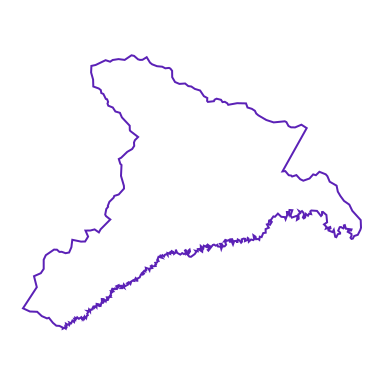 Mariscal Ramon Castilla, Loreto, Peru (Robinson projection)
{"feature_id": "86281439B43857057528938", "entity_name": "Mariscal Ramon Castilla", "entity_type": "district", "adm_level": 2, "iso_a3": "PER", "parent_name": "Peru", "parent_adm1": "Loreto", "projection": "robinson", "projection_center": [-71.702, -3.973], "detail": "fine", "context": "isolated", "style": "outline", "palette": "violet", "viewbox_px": 384, "rotation_deg": 0, "n_neighbors": 0, "source": "geoboundaries", "source_scale": "gbopen_adm2", "svg_char_len": 5996}
<svg xmlns="http://www.w3.org/2000/svg" viewBox="0 0 384 384"><path d="M306.7,128.1L301.4,124.7L295.1,127.4L291.0,127.3L288.5,126.0L286.4,122.1L284.8,121.3L273.7,122.4L266.3,120.0L258.3,115.3L256.2,113.5L254.9,110.8L251.8,108.8L247.5,107.5L246.0,103.4L237.1,103.2L228.2,104.8L227.3,103.3L224.8,101.8L222.5,102.1L221.0,99.8L216.6,98.7L214.6,99.7L213.9,101.2L207.9,101.9L207.1,100.9L207.3,98.0L203.9,96.2L200.1,90.5L194.8,88.9L191.3,86.5L188.3,86.1L185.1,83.5L179.4,83.9L175.0,82.0L172.2,77.2L172.1,70.8L170.4,68.6L169.0,67.9L165.3,68.3L162.2,66.7L157.0,66.2L152.1,64.3L150.0,62.6L146.7,57.2L142.5,59.8L140.0,59.9L138.0,59.3L134.1,55.9L131.5,55.3L124.7,59.9L118.5,59.1L112.7,60.0L110.1,61.7L105.6,60.2L95.6,65.0L91.4,65.9L91.1,72.5L93.1,79.6L93.3,86.5L98.8,88.5L100.8,90.1L101.3,93.0L103.4,94.0L105.8,98.9L107.1,99.3L108.1,101.9L107.5,103.6L108.3,105.7L112.8,107.5L115.4,111.5L119.9,112.8L121.9,117.4L129.7,125.7L129.8,130.0L130.4,131.1L138.1,137.0L134.9,140.2L134.0,142.5L134.2,145.9L132.2,149.0L127.3,151.8L121.2,157.7L118.8,159.0L120.3,163.8L121.5,165.0L121.0,175.9L123.9,185.8L124.0,188.6L118.7,194.5L114.3,195.9L113.6,197.7L109.4,201.8L107.8,205.9L108.1,206.8L106.3,209.0L105.2,214.6L106.0,216.1L110.3,219.5L100.6,229.3L98.9,232.4L94.6,229.4L90.4,230.5L85.5,230.6L88.1,236.6L85.1,241.5L81.0,241.6L72.3,239.8L71.4,247.2L69.1,252.5L65.6,253.2L61.7,251.8L59.4,251.9L57.0,249.7L54.0,249.6L45.8,255.2L43.7,259.7L43.7,268.9L40.8,273.2L34.0,276.2L36.8,287.2L23.0,308.3L29.9,311.5L37.2,311.8L41.8,316.1L47.0,318.4L48.9,317.8L52.9,322.8L56.3,325.7L59.4,325.9L62.8,327.6L62.7,328.7L64.4,327.8L65.5,328.5L65.4,327.1L66.2,328.0L66.6,327.4L66.0,323.7L67.8,324.7L68.9,324.0L69.3,324.9L70.0,323.6L69.5,322.6L71.2,323.3L72.4,320.6L74.1,322.0L74.3,320.5L75.1,320.4L74.3,318.8L75.5,318.9L75.3,317.8L76.6,318.4L77.2,317.3L78.9,318.8L81.2,317.2L81.7,318.6L82.5,318.1L82.6,319.1L84.1,317.0L84.2,319.1L85.5,317.6L85.5,316.2L86.3,317.7L86.7,315.9L87.8,315.2L87.2,313.6L88.6,311.8L87.5,311.0L88.7,311.1L89.0,309.7L90.1,311.4L90.1,309.6L91.7,309.8L93.4,306.5L94.9,306.3L94.7,307.5L95.9,306.3L96.5,307.1L96.6,303.9L98.2,304.2L98.0,305.3L99.1,305.9L100.0,303.9L100.0,305.9L100.6,306.0L101.4,302.9L103.0,302.9L103.7,301.9L102.5,300.4L101.9,300.7L101.8,299.0L103.4,299.1L103.4,300.1L104.6,299.8L105.8,301.3L106.1,300.2L107.5,300.0L106.8,297.3L107.7,297.3L108.4,298.7L109.1,297.0L110.9,296.9L110.1,295.6L111.0,295.2L110.7,294.2L111.5,292.8L110.1,292.4L111.9,292.1L111.1,291.1L113.2,291.1L111.9,289.4L112.3,288.7L114.7,289.2L115.4,287.6L115.3,288.9L116.7,288.6L116.7,289.9L117.3,287.1L116.4,286.2L118.2,285.4L117.9,286.7L118.6,287.3L119.1,285.5L121.0,286.5L121.4,285.0L121.7,287.1L121.0,288.1L122.4,288.1L122.9,286.8L123.9,287.5L123.3,286.2L123.8,284.4L125.1,286.2L128.0,284.6L128.3,283.7L127.3,283.2L128.6,282.3L130.4,284.1L130.9,282.6L130.3,282.1L132.5,280.7L133.8,280.9L133.5,280.1L135.0,279.5L135.7,278.1L137.0,279.4L136.4,280.6L137.3,280.7L137.3,278.6L139.7,277.4L140.9,274.5L142.2,274.6L141.9,273.1L142.9,272.4L143.4,274.0L144.0,273.6L143.1,272.0L144.2,270.8L145.4,271.4L145.4,270.3L146.2,270.1L145.8,267.8L148.5,268.7L149.5,270.4L149.9,268.5L152.1,268.1L150.8,266.1L151.8,265.5L152.5,266.4L155.6,266.0L155.2,265.0L156.0,264.5L155.3,262.8L156.9,262.6L157.6,261.6L157.3,260.6L158.4,260.8L157.7,258.9L158.5,256.8L162.0,257.8L159.7,255.2L161.9,256.0L162.5,255.2L164.0,256.5L164.9,254.8L166.7,254.0L167.6,255.1L167.4,253.0L170.0,253.9L169.6,252.6L171.3,251.5L171.5,252.9L172.4,253.0L172.2,251.4L173.6,252.1L174.0,253.9L175.9,252.4L175.8,249.6L177.2,252.9L180.3,254.6L182.2,253.1L183.9,254.1L185.3,253.5L185.7,252.0L185.0,250.5L185.7,250.1L186.5,251.2L186.3,253.8L188.7,252.1L188.5,250.6L189.6,249.6L190.0,251.4L187.8,254.9L189.3,256.6L191.0,256.8L194.7,254.1L196.3,251.8L195.5,250.8L197.8,251.3L197.7,249.1L199.7,248.9L199.9,250.1L202.2,251.7L202.3,250.4L200.9,248.5L200.8,246.1L203.3,248.4L203.8,245.7L205.5,246.4L206.6,245.5L206.6,247.1L207.9,247.5L208.1,245.0L209.5,246.1L210.6,245.9L208.6,247.2L209.1,249.5L207.9,250.0L208.4,250.6L212.8,245.0L214.0,244.6L215.9,245.7L217.4,244.8L218.0,246.5L220.7,246.8L221.3,249.0L222.0,247.0L220.1,243.9L221.6,243.8L223.3,246.5L224.7,246.3L226.1,244.7L225.4,242.8L226.1,241.1L224.2,241.4L225.3,239.9L227.7,240.7L229.3,239.8L230.1,242.5L230.8,239.3L232.2,239.2L232.6,240.2L231.8,241.7L233.0,244.5L234.2,241.1L236.7,240.8L236.9,242.0L237.5,242.0L237.8,239.5L239.6,240.5L241.1,242.7L242.0,241.7L241.8,239.3L243.6,238.6L245.0,238.8L244.9,241.1L247.1,240.1L247.7,238.0L248.5,238.6L248.8,241.7L251.1,239.5L253.3,240.1L254.2,239.1L253.5,235.3L255.5,236.7L256.1,239.2L258.3,239.0L259.3,239.8L259.8,236.7L261.6,237.1L263.2,233.1L265.7,232.7L265.6,229.1L268.8,227.7L266.9,224.4L268.3,223.9L270.0,224.8L271.8,221.9L270.8,220.7L268.9,222.1L269.1,220.5L270.9,219.9L273.4,216.4L274.9,216.8L277.9,213.6L281.3,216.8L284.8,217.1L285.6,219.3L287.2,215.0L286.9,212.0L287.9,212.0L288.9,214.3L289.5,210.0L292.3,210.2L290.5,215.4L291.8,217.6L297.7,215.5L297.0,219.8L298.7,218.7L298.4,214.4L300.2,213.2L299.1,211.1L300.7,212.1L302.0,211.1L303.5,212.8L304.0,214.8L302.9,217.4L303.8,218.4L305.1,217.5L305.9,213.9L308.0,215.7L309.1,213.7L311.1,214.1L310.3,211.4L311.3,210.5L317.0,210.9L321.0,216.0L322.1,214.8L322.0,212.1L322.9,211.9L326.4,215.0L327.1,222.3L324.0,224.4L326.5,226.9L325.9,228.6L330.2,227.0L330.5,228.3L328.3,229.5L328.5,230.5L332.6,232.1L333.8,229.9L335.2,236.8L336.3,237.2L337.8,234.2L340.1,233.6L340.1,232.6L338.2,230.7L339.7,227.2L340.9,227.0L343.3,228.4L344.1,227.5L343.9,225.4L344.8,225.1L345.9,228.7L351.5,229.4L351.1,230.5L348.2,230.6L347.7,231.8L351.4,233.9L351.6,235.6L350.5,237.7L351.5,238.9L352.8,238.6L354.2,236.0L357.8,234.8L360.3,229.9L361.0,227.7L360.7,220.1L352.3,210.8L349.3,204.6L344.0,200.9L340.4,196.0L337.8,191.6L336.6,185.7L329.7,181.7L327.4,176.2L325.7,174.3L319.4,171.8L315.9,175.2L313.2,174.4L309.5,178.5L303.3,180.7L300.2,179.2L296.4,175.1L292.1,176.5L291.3,175.6L288.7,175.2L285.3,171.1L282.5,171.4L306.7,128.1Z" fill="none" stroke="#5b21b6" stroke-width="2"/></svg>